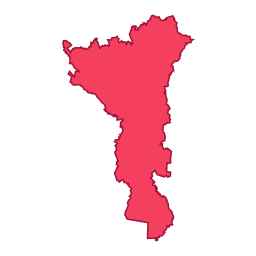 outline of San Benito Abad, Sucre, Colombia
{"feature_id": "7082276B25365830428844", "entity_name": "San Benito Abad", "entity_type": "district", "adm_level": 2, "iso_a3": "COL", "parent_name": "Colombia", "parent_adm1": "Sucre", "projection": "robinson", "projection_center": [-74.976, 8.778], "detail": "fine", "context": "isolated", "style": "filled", "palette": "rose", "viewbox_px": 256, "rotation_deg": 0, "n_neighbors": 0, "source": "geoboundaries", "source_scale": "gbopen_adm2", "svg_char_len": 5797}
<svg xmlns="http://www.w3.org/2000/svg" viewBox="0 0 256 256"><path d="M172.7,15.9L167.0,17.6L165.6,18.6L166.3,19.4L165.5,20.0L164.1,19.9L164.1,20.3L162.4,20.6L160.4,19.7L159.1,16.9L158.0,16.8L156.9,17.9L156.3,17.5L155.5,16.3L154.7,16.4L153.7,15.7L152.3,15.4L151.4,16.1L150.8,17.9L150.1,18.3L150.2,19.4L150.0,20.2L147.8,21.0L146.4,25.2L145.8,24.8L145.7,23.6L145.2,23.3L144.6,22.9L144.0,23.5L143.2,23.0L143.0,25.0L141.7,24.6L140.7,24.9L140.7,25.6L139.6,27.1L137.8,28.0L138.0,30.0L134.8,29.6L136.0,27.9L135.6,27.1L136.2,26.8L135.8,26.0L133.8,26.7L133.6,25.9L131.5,27.2L131.7,28.2L129.4,34.3L132.2,41.5L132.6,44.4L132.1,43.7L131.5,44.6L130.4,43.7L131.1,43.0L130.6,43.0L129.5,42.0L129.2,42.3L128.7,42.1L128.1,41.3L127.0,42.3L127.3,43.1L126.2,44.2L126.1,42.4L123.2,41.7L122.8,42.1L121.4,40.8L120.7,41.8L119.3,42.7L118.6,41.2L118.3,39.1L118.9,38.9L117.7,37.9L117.3,36.4L115.2,37.7L111.9,37.8L111.6,39.8L107.6,39.8L109.0,42.5L109.5,46.7L108.9,45.8L107.1,45.2L105.8,45.5L105.0,45.0L104.8,45.2L105.3,45.5L103.4,46.1L102.7,45.6L100.9,46.7L99.7,48.3L97.6,41.8L96.1,40.3L97.2,38.9L96.0,38.2L93.5,40.7L93.3,43.1L90.9,42.4L90.8,46.8L89.5,46.4L87.6,49.0L86.0,49.2L85.3,48.2L84.2,48.7L83.2,48.2L82.5,48.9L81.9,48.4L81.7,47.4L81.0,47.0L80.8,47.8L77.6,47.9L76.4,47.5L75.0,48.4L74.3,47.9L73.5,49.4L72.6,48.9L70.6,52.5L69.4,50.4L67.2,48.5L68.1,47.3L69.8,46.6L71.5,44.9L70.1,43.8L69.7,42.9L67.6,42.0L66.5,40.8L65.2,40.5L64.3,40.9L63.5,40.7L63.0,42.5L63.0,44.1L63.6,44.7L63.5,47.2L64.9,47.5L63.7,50.1L65.8,51.7L65.3,52.5L68.7,55.1L68.3,55.9L69.7,56.2L70.0,57.0L69.7,58.1L70.2,60.5L69.6,63.5L71.8,63.6L73.1,65.1L73.6,66.6L75.4,68.6L78.6,70.8L79.1,71.6L75.6,71.3L74.4,76.8L69.6,71.4L68.3,74.2L71.8,76.3L70.1,81.9L71.7,83.0L71.9,83.6L73.4,85.0L75.7,85.0L76.5,84.7L80.6,85.0L80.7,85.6L81.6,86.4L82.7,86.7L84.0,89.5L85.6,89.9L88.2,92.7L93.0,93.4L92.9,93.7L93.6,93.6L95.7,94.4L97.3,97.2L100.6,100.7L101.4,102.1L104.6,104.6L105.2,106.2L105.2,108.1L105.9,108.6L105.3,108.8L105.1,109.5L104.2,109.7L105.5,111.2L105.7,110.8L106.6,111.3L108.0,114.0L108.5,114.0L109.4,112.8L110.4,114.5L112.7,115.1L113.3,116.5L114.1,116.2L115.7,116.8L115.3,115.4L114.6,115.2L114.3,114.8L114.6,114.6L117.8,116.6L116.8,120.0L117.0,120.1L117.5,119.8L119.4,119.8L121.8,118.9L123.2,120.0L122.0,121.5L121.8,121.1L121.1,121.7L120.4,123.3L120.8,124.5L120.2,126.8L120.7,127.2L121.8,126.4L122.5,126.7L122.2,128.7L122.8,129.2L122.9,129.9L122.5,130.9L122.6,132.3L121.7,133.0L120.9,134.4L119.8,134.5L120.4,136.2L119.6,137.7L118.9,137.1L119.0,139.5L115.6,139.9L115.7,140.2L114.5,141.6L117.3,143.5L116.4,144.7L115.2,145.4L115.3,146.1L115.8,146.1L116.2,147.0L116.4,150.4L115.1,151.5L115.3,152.6L114.9,152.8L116.0,156.2L116.8,157.1L117.4,159.8L118.1,160.7L118.0,161.2L116.7,161.8L116.8,163.0L116.4,164.2L116.4,164.6L117.7,165.2L118.0,166.3L116.4,168.7L116.4,170.2L114.5,172.9L117.0,180.4L118.2,180.6L118.2,181.0L119.4,182.1L122.2,179.7L123.1,180.1L123.6,180.8L124.1,182.5L125.7,182.5L127.5,184.1L128.5,183.5L128.7,184.5L128.2,185.5L131.6,189.0L131.5,189.4L130.3,190.5L131.3,192.8L131.2,194.1L129.5,196.3L130.0,196.3L130.8,197.6L130.7,198.3L129.5,199.4L127.7,202.0L127.6,203.6L128.3,204.9L128.3,205.7L127.3,207.6L126.9,209.6L125.6,210.9L125.5,212.4L124.9,213.8L124.9,214.8L126.2,216.8L126.5,218.1L127.6,219.2L148.0,222.6L147.5,238.4L155.7,238.0L155.5,239.9L156.1,240.6L157.8,239.9L156.9,237.6L159.4,237.3L159.1,236.6L159.4,236.0L162.3,235.7L164.5,232.9L163.7,232.9L163.5,231.6L165.5,230.5L167.5,226.6L167.3,226.1L169.0,227.0L169.3,226.3L169.1,225.7L170.1,224.7L171.3,225.1L171.7,224.7L172.3,225.0L172.6,224.7L172.0,224.2L172.0,221.7L171.7,221.3L172.1,220.0L172.3,220.2L172.8,219.5L173.6,217.0L172.2,213.3L171.8,213.1L172.0,211.9L168.6,208.6L168.3,204.1L167.9,202.9L167.1,202.4L166.5,200.7L167.1,200.5L165.5,197.3L163.4,195.9L162.9,195.9L162.6,197.0L159.9,195.3L160.5,194.7L158.8,193.0L158.4,193.5L157.4,192.9L157.7,191.7L155.8,191.3L156.3,190.2L156.2,189.4L157.1,189.2L156.7,187.4L155.6,188.0L155.4,186.6L155.7,186.8L155.8,185.9L154.9,185.2L152.7,185.2L152.4,184.5L152.8,183.0L153.5,182.6L154.3,183.0L154.8,182.2L150.7,178.1L151.6,177.6L152.5,176.1L151.7,173.5L155.0,170.4L157.1,174.6L157.6,174.8L160.4,175.4L160.5,175.8L163.0,176.4L163.7,176.9L163.9,176.5L165.1,176.5L166.2,175.4L167.8,177.2L170.3,176.1L170.6,172.1L167.0,171.8L166.5,169.4L166.8,168.6L166.8,164.5L167.1,164.4L167.3,163.0L168.7,163.4L170.8,162.7L170.4,159.6L171.4,151.4L167.5,148.3L166.7,149.0L166.3,148.3L163.8,149.3L162.1,145.9L162.5,143.9L160.5,144.4L161.3,143.4L161.5,142.2L161.9,141.7L164.5,140.8L165.3,137.3L164.4,133.0L163.2,132.0L162.9,131.2L163.2,124.9L165.0,124.7L165.8,124.2L165.5,123.5L166.9,122.8L166.9,123.0L170.1,122.6L169.6,121.6L170.4,119.3L169.1,117.4L169.9,116.2L170.0,115.2L167.6,113.2L168.2,110.6L168.1,109.9L168.5,109.5L169.5,109.5L169.9,108.8L169.8,107.9L168.9,106.9L168.8,106.0L168.1,105.8L167.8,104.9L166.3,104.1L167.1,99.8L165.7,95.7L165.6,94.6L165.9,94.2L164.9,93.7L165.3,93.0L164.3,93.1L164.3,92.0L165.4,91.8L165.7,91.1L165.6,90.0L164.9,89.1L164.8,87.6L164.3,86.3L167.3,86.6L168.4,85.6L167.9,84.1L168.0,81.8L168.7,80.4L168.7,78.8L169.5,77.7L169.1,75.2L169.4,74.9L170.7,74.9L170.5,73.2L171.6,72.9L172.3,71.4L173.7,70.8L173.7,69.7L172.8,68.2L173.1,66.4L172.1,66.4L171.4,65.6L172.1,64.0L174.6,61.3L176.3,61.4L177.9,60.8L179.9,58.2L179.8,56.9L180.7,55.2L179.8,54.8L180.8,52.5L181.4,52.0L182.6,49.8L184.3,48.2L184.6,46.6L185.9,45.1L185.9,43.2L186.6,43.0L187.7,43.8L188.4,42.8L190.2,42.4L190.9,42.6L191.7,40.5L193.0,39.6L190.5,39.4L190.0,36.5L188.2,36.5L186.9,36.0L186.1,35.2L185.6,35.7L183.3,35.2L182.2,35.5L181.7,35.2L180.7,33.6L178.8,33.1L177.3,31.6L177.5,30.8L177.1,29.9L177.2,27.7L176.1,25.5L177.0,23.0L174.2,20.3L174.0,19.7L174.6,19.6L174.5,19.0L174.2,19.1L174.2,18.2L173.9,18.2L173.6,17.1L172.7,16.3L172.7,15.9Z" fill="#f43f5e" stroke="#9f1239" stroke-width="1.5"/></svg>